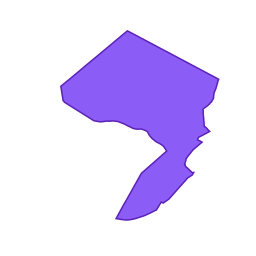 General San Martín, La Rioja, Argentina, rotated 298°
{"feature_id": "61730980B53159304456053", "entity_name": "General San Martín", "entity_type": "district", "adm_level": 2, "iso_a3": "ARG", "parent_name": "Argentina", "parent_adm1": "La Rioja", "projection": "natural_earth1", "projection_center": [-66.186, -31.6], "detail": "fine", "context": "isolated", "style": "filled", "palette": "violet", "viewbox_px": 256, "rotation_deg": 298, "n_neighbors": 0, "source": "geoboundaries", "source_scale": "gbopen_adm2", "svg_char_len": 3652}
<svg xmlns="http://www.w3.org/2000/svg" viewBox="0 0 256 256"><g transform="rotate(298 128 128)"><path d="M133.3,49.1L121.8,57.8L120.9,60.0L119.0,86.3L118.4,94.4L118.6,95.2L118.9,96.0L119.1,96.8L119.4,97.6L119.6,98.4L119.9,99.2L120.2,100.0L120.5,100.8L121.0,101.5L121.4,102.2L121.9,102.9L122.4,103.6L122.9,104.3L123.3,104.9L123.8,105.6L124.3,106.3L124.6,107.1L125.0,107.8L125.4,108.6L125.8,109.3L126.3,110.0L126.8,110.7L127.2,111.4L127.5,112.2L127.8,113.0L128.1,113.8L128.4,114.5L128.7,115.3L129.0,116.1L129.1,117.0L129.2,117.8L129.3,118.6L129.4,119.5L129.5,120.3L129.6,121.2L129.7,122.0L129.8,122.9L129.8,123.7L129.8,124.6L129.8,125.4L129.8,126.2L129.8,127.1L129.8,127.9L129.9,128.8L130.0,129.6L130.0,130.5L130.0,131.3L130.0,132.2L130.1,133.0L130.3,133.8L130.5,134.6L130.8,135.4L131.1,136.2L131.5,137.0L131.9,137.7L132.3,138.5L132.8,139.1L133.1,139.9L133.4,140.7L133.6,141.5L133.7,142.4L133.8,143.2L133.9,144.1L134.0,144.9L134.0,145.8L134.0,146.6L133.6,147.3L133.1,148.0L132.6,148.7L132.1,149.4L131.7,150.1L131.3,150.9L131.0,151.6L130.7,152.4L130.4,153.2L130.1,154.0L129.9,154.8L129.8,155.6L129.6,156.5L129.4,157.3L129.3,158.1L129.1,159.0L129.0,159.8L129.0,160.6L129.1,161.5L129.1,162.3L129.1,163.2L129.1,164.0L129.0,164.9L128.9,165.7L128.8,166.6L128.6,167.4L128.3,168.2L128.0,169.0L127.6,169.7L127.2,170.4L126.8,171.2L126.4,171.9L125.8,173.0L94.3,161.1L72.3,160.6L64.1,160.4L58.2,160.2L42.4,160.0L44.4,165.9L45.8,169.4L46.1,170.0L46.5,170.6L46.6,170.8L47.5,172.2L47.8,172.7L50.2,175.6L51.6,177.2L55.4,180.9L57.1,182.5L57.8,183.2L59.1,184.3L59.5,184.6L60.8,185.6L62.5,186.9L63.0,187.3L67.3,190.3L69.0,191.6L78.2,192.1L78.2,194.3L84.4,197.5L88.2,198.4L97.7,200.7L112.5,204.3L113.8,205.3L114.0,205.3L116.6,206.8L118.5,206.9L119.6,206.9L118.9,205.8L118.8,205.5L120.7,198.8L120.7,198.3L120.8,197.9L120.9,197.5L121.2,197.1L121.5,196.2L122.4,195.8L122.4,195.1L123.5,194.9L127.0,194.2L127.7,193.7L127.8,193.7L128.2,193.8L128.5,193.9L130.4,194.0L135.6,195.0L139.3,195.7L143.4,197.3L150.3,200.1L150.4,199.2L150.3,197.0L150.2,195.1L150.6,195.0L150.9,194.9L151.2,194.8L151.5,194.7L151.8,194.7L152.2,194.7L152.5,194.8L152.9,194.8L153.3,195.0L153.8,195.2L153.9,195.3L154.1,195.5L154.3,195.6L154.5,195.8L154.8,196.0L155.0,196.2L155.2,196.3L155.4,196.4L155.7,196.6L156.0,196.8L156.2,197.0L156.5,197.2L156.8,197.4L157.1,197.6L158.6,198.6L159.6,199.2L159.7,199.3L159.8,199.4L160.0,199.5L160.3,199.8L160.5,199.9L160.8,200.1L161.1,200.3L161.3,200.4L161.5,200.5L161.9,200.8L162.1,200.9L162.3,201.1L162.6,201.2L162.7,201.3L162.9,201.4L163.4,201.7L163.5,201.1L163.7,200.3L163.9,199.6L164.0,199.6L164.1,199.3L164.2,199.2L164.3,198.9L164.3,198.7L164.5,198.4L164.6,198.0L164.7,197.7L164.8,197.4L164.9,197.2L165.0,196.8L165.1,196.4L165.2,196.0L165.2,195.7L165.0,195.1L165.1,194.7L172.2,190.2L173.6,189.3L175.4,188.0L176.7,187.3L177.7,186.8L178.6,186.2L179.3,185.6L179.7,185.4L182.1,186.3L184.2,187.4L185.8,188.1L186.7,188.3L188.0,188.9L188.8,188.8L190.0,189.4L190.2,189.5L191.5,189.4L192.1,189.5L192.3,189.5L193.5,189.6L194.5,189.5L194.8,189.4L196.3,188.6L196.6,188.6L197.0,188.4L198.0,188.0L198.4,187.9L198.8,187.8L199.5,187.6L200.1,187.5L200.7,187.4L201.4,187.3L202.2,187.2L202.6,187.2L203.1,187.2L203.7,187.1L204.2,187.1L204.7,186.9L205.9,186.7L207.4,186.4L207.7,186.4L207.9,186.3L208.2,186.2L208.6,186.1L209.3,186.0L209.7,186.0L210.0,185.9L210.2,185.7L210.6,185.6L211.0,185.6L211.3,185.4L211.6,185.3L211.9,185.2L212.0,185.2L212.4,185.2L212.5,185.3L212.8,185.3L213.1,185.3L213.3,185.3L213.5,185.3L213.6,185.2L213.6,156.4L213.6,155.5L213.5,81.9L211.9,81.2L200.4,76.5L186.3,70.8L166.1,62.5L144.3,53.7L133.3,49.1Z" fill="#8b5cf6" stroke="#5b21b6" stroke-width="1.5"/></g></svg>